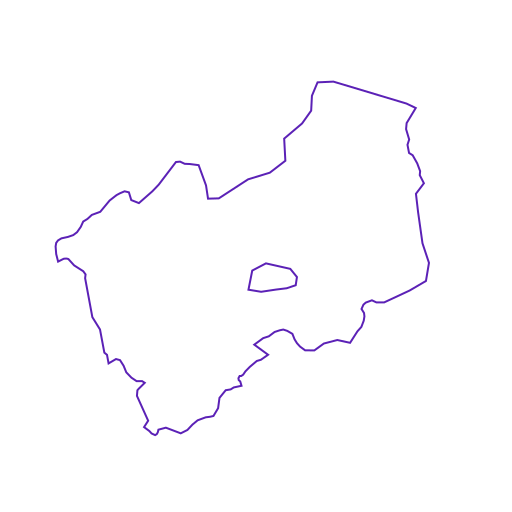 the Municipality of Rezeknes, rotated 75°
{"feature_id": "LVA-1066", "entity_name": "Rezeknes", "entity_type": "Municipality", "adm_level": 1, "iso_a3": "LVA", "parent_name": "Latvia", "parent_adm1": "", "projection": "mercator", "projection_center": [27.315, 56.501], "detail": "fine", "context": "isolated", "style": "outline", "palette": "violet", "viewbox_px": 512, "rotation_deg": 75, "n_neighbors": 0, "source": "natural_earth", "source_scale": "10m", "svg_char_len": 1984}
<svg xmlns="http://www.w3.org/2000/svg" viewBox="0 0 512 512"><g transform="rotate(75 256 256)"><path d="M154.4,63.4L166.6,76.1L172.3,78.2L183.1,77.9L187.8,80.9L196.1,81.5L199.2,78.6L208.2,76.3L216.5,75.5L220.3,76.9L229.2,75.0L237.3,85.4L255.7,88.1L286.8,91.9L307.4,90.7L324.1,98.3L329.1,116.5L334.0,144.3L332.0,151.7L328.8,155.5L329.4,162.0L330.8,164.8L334.5,167.8L339.0,166.4L342.4,166.9L346.4,168.7L351.8,172.6L355.0,177.5L364.2,187.6L358.2,199.2L358.1,213.1L362.3,224.1L359.8,233.0L354.9,236.9L350.8,239.0L346.5,240.3L340.6,241.0L336.4,245.2L334.1,248.7L333.9,252.2L334.2,257.7L336.9,264.4L337.2,270.3L341.2,280.6L354.5,269.9L357.5,278.1L357.6,282.4L361.5,290.7L364.7,296.1L367.3,299.1L368.1,301.4L367.7,302.9L369.5,304.6L371.4,304.8L373.1,303.7L377.6,303.6L377.2,311.5L378.3,315.0L377.8,320.0L383.6,328.0L393.2,332.0L399.5,338.5L399.4,342.0L398.8,346.3L399.6,354.9L402.4,361.0L406.3,367.3L407.8,374.6L398.5,387.5L398.5,395.2L400.9,396.5L402.4,398.0L402.9,399.8L400.4,402.8L397.5,404.3L392.3,408.4L387.2,402.8L360.3,407.2L355.0,405.3L353.9,403.7L349.7,396.3L347.4,398.4L346.0,403.7L341.3,407.8L334.8,411.4L327.7,412.3L321.4,414.3L319.3,417.9L321.6,426.2L312.9,425.5L310.1,427.5L286.6,425.7L272.7,429.9L233.2,426.8L229.7,425.4L226.0,426.8L218.0,434.1L210.4,438.0L209.5,439.5L208.9,442.1L209.1,443.5L210.2,448.6L202.4,448.5L194.9,447.1L191.6,445.6L189.7,443.2L188.6,439.4L188.9,432.7L188.5,427.1L186.7,422.7L182.5,417.7L178.0,414.0L176.6,409.3L173.8,403.9L173.0,395.0L164.5,383.0L161.1,375.0L160.2,371.2L159.5,366.2L161.6,362.3L169.7,362.0L174.6,355.4L166.7,339.4L161.9,331.5L144.5,309.0L145.2,304.9L148.5,301.0L150.0,296.2L153.4,287.9L174.9,286.0L188.2,287.5L190.7,277.0L179.9,243.8L179.1,221.1L171.6,203.0L149.9,198.4L139.9,177.2L129.9,165.1L115.7,160.5L104.2,151.6L107.6,136.1L147.7,71.2L154.4,63.4ZM286.6,272.0L291.9,260.3L293.6,245.4L295.1,234.7L294.5,225.2L286.9,221.9L277.3,226.2L265.7,248.3L269.1,263.4L286.6,272.0Z" fill="none" stroke="#5b21b6" stroke-width="2"/></g></svg>